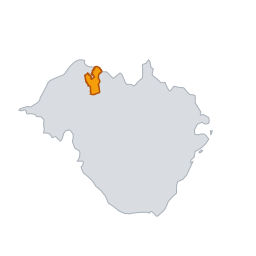 Kaev Seima, Môndól Kiri, Cambodia (highlighted), rotated 230°
{"feature_id": "14789045B63599255468551", "entity_name": "Kaev Seima", "entity_type": "district", "adm_level": 2, "iso_a3": "KHM", "parent_name": "Cambodia", "parent_adm1": "Môndól Kiri", "projection": "orthographic", "projection_center": [106.845, 12.41], "detail": "fine", "context": "in_parent", "style": "filled", "palette": "amber", "viewbox_px": 256, "rotation_deg": 230, "n_neighbors": 0, "source": "geoboundaries", "source_scale": "gbopen_adm2", "svg_char_len": 6270}
<svg xmlns="http://www.w3.org/2000/svg" viewBox="0 0 256 256"><g transform="rotate(230 128 128)"><path d="M211.6,55.8L212.1,57.7L210.7,61.2L209.3,64.4L206.5,67.2L206.4,69.2L205.5,75.3L205.8,77.3L206.5,78.9L207.4,79.8L209.8,85.8L212.0,91.2L214.1,95.7L214.5,98.5L212.6,105.7L210.3,112.3L210.5,115.5L211.5,118.8L212.5,123.2L212.9,128.8L212.4,132.4L211.3,134.7L209.4,137.0L207.6,138.2L205.5,136.2L203.9,136.2L201.7,136.7L199.9,137.7L196.4,141.1L192.4,144.4L186.9,145.2L184.8,147.7L182.5,148.0L178.2,148.2L175.4,148.7L175.5,150.0L175.3,155.8L175.3,157.2L174.9,157.5L172.9,157.7L169.6,156.8L165.1,155.3L161.9,155.1L160.3,157.6L159.3,158.6L158.1,158.8L156.8,159.2L156.4,160.4L156.3,161.8L156.9,164.2L157.1,168.1L156.9,170.7L158.1,172.4L164.9,178.0L167.0,179.4L167.2,180.2L166.0,183.3L167.0,187.6L164.9,187.5L161.3,185.6L159.6,184.5L157.5,185.4L156.8,185.2L155.4,183.1L153.5,180.9L151.6,180.8L147.6,181.6L143.5,182.2L142.0,182.2L141.3,182.6L138.9,185.8L137.9,185.2L133.8,184.0L130.1,183.5L129.3,184.3L129.7,186.9L130.5,189.5L130.0,190.5L128.0,191.9L125.2,194.3L123.5,196.1L122.4,196.6L118.2,196.5L114.0,196.7L112.4,198.4L110.8,199.8L109.5,200.2L104.1,195.7L93.3,194.1L92.2,192.1L91.1,191.8L90.1,194.3L84.2,196.6L81.7,195.1L79.9,193.3L80.2,191.2L81.9,189.4L84.9,188.2L86.3,183.8L84.1,178.1L82.2,176.4L80.1,175.1L77.9,177.1L76.1,180.7L74.1,182.6L71.5,183.0L67.5,182.7L66.0,177.3L65.6,172.7L66.2,167.4L66.8,164.3L63.1,159.9L63.0,155.8L61.2,153.7L60.6,154.8L60.6,155.9L60.1,155.1L54.3,142.9L53.4,137.3L54.5,133.0L55.1,131.6L53.5,129.3L51.1,126.7L46.9,123.3L46.7,117.9L45.8,111.6L44.6,109.5L42.7,105.6L41.7,102.3L41.5,93.9L42.1,93.2L45.1,93.0L48.9,92.4L49.6,91.1L48.9,89.9L51.4,88.1L55.0,83.9L57.9,79.6L59.9,76.8L61.1,74.1L65.1,70.2L70.7,67.6L74.4,67.0L78.3,66.2L82.0,64.9L83.8,64.8L88.3,66.4L90.8,66.9L93.5,66.9L96.2,67.1L98.5,66.9L104.2,65.9L110.2,66.8L115.5,66.2L122.2,65.0L125.4,65.8L128.4,67.1L128.8,69.7L129.5,70.8L130.4,71.8L131.8,71.8L133.5,70.0L134.9,68.1L135.3,67.8L135.4,68.7L136.1,70.7L137.3,72.7L138.6,74.0L140.7,75.8L142.1,75.9L146.7,74.3L153.5,76.7L154.3,77.9L156.4,80.3L158.8,82.1L164.1,82.2L166.0,77.9L165.1,75.3L162.1,70.7L161.3,68.0L162.3,67.5L167.4,67.1L168.2,66.5L169.4,63.6L170.8,63.9L173.6,64.3L176.6,62.3L178.4,60.1L179.3,61.1L180.4,62.6L181.6,63.5L183.7,64.8L186.1,66.6L187.6,68.3L188.8,69.0L191.8,68.5L192.6,68.6L194.4,66.4L195.6,65.3L196.7,65.6L198.2,65.6L201.4,62.8L203.2,60.3L204.2,59.7L207.0,60.9L208.2,60.6L209.8,57.2L211.6,55.8ZM64.1,170.2L63.5,170.5L63.0,170.5L62.4,170.0L62.5,168.0L62.9,166.9L63.9,166.7L64.1,170.2ZM72.9,189.4L71.7,190.7L69.8,188.0L69.8,187.2L72.9,189.4Z" fill="#d9dde1" stroke="#a8b0b8" stroke-width="1"/><path d="M175.5,123.5L175.1,124.2L175.0,124.3L175.0,125.0L174.8,125.6L174.0,127.5L173.7,128.3L173.6,129.0L173.7,129.3L173.9,129.6L174.3,129.8L174.8,130.0L178.1,132.2L178.3,132.2L178.5,132.2L178.6,132.3L178.7,132.2L178.9,132.3L179.0,132.4L179.0,132.5L179.4,132.9L179.7,132.9L179.9,133.1L180.0,133.1L180.4,133.3L180.5,133.3L180.9,134.5L181.3,135.6L181.5,136.1L181.8,136.4L182.2,136.5L182.4,136.7L182.8,136.7L183.0,136.7L183.2,136.9L183.6,137.0L184.2,137.2L184.7,137.3L185.0,137.3L185.6,137.8L186.0,137.9L186.3,138.1L186.5,138.4L186.6,138.5L186.8,138.6L186.9,138.9L187.0,139.1L187.2,139.3L187.6,139.7L187.7,140.1L187.9,140.2L188.1,140.5L188.1,140.8L188.0,141.0L187.9,141.1L188.1,141.5L187.9,141.8L188.0,142.2L188.0,142.3L188.1,142.5L187.9,142.9L187.8,143.1L187.9,143.3L187.9,143.6L188.0,143.8L188.1,144.2L188.3,144.3L188.5,144.3L188.6,144.2L188.8,144.2L189.0,144.3L189.2,144.5L189.5,144.5L189.8,144.6L189.9,144.8L190.0,144.7L190.4,144.6L190.5,144.5L190.8,144.6L191.3,144.8L191.6,144.7L191.8,144.7L191.9,144.9L192.1,144.8L192.3,144.9L192.7,144.7L192.9,144.7L193.0,144.6L193.5,144.4L194.8,144.0L195.2,143.4L195.6,143.1L195.8,142.7L195.9,142.4L195.8,142.2L196.0,141.9L195.9,141.7L195.9,141.4L195.8,141.2L195.8,140.8L195.7,140.8L195.3,140.8L195.2,140.8L195.2,140.6L195.4,140.1L195.2,140.1L195.0,139.8L195.0,139.7L194.9,139.6L194.8,139.3L194.9,139.2L194.8,138.9L194.7,138.9L194.8,138.8L194.9,138.7L194.9,138.3L195.0,138.2L194.8,137.8L194.8,137.6L194.7,137.4L194.4,137.4L194.3,137.2L194.2,137.1L193.9,137.0L193.7,136.7L193.4,136.7L193.3,136.4L193.1,136.2L193.1,135.9L193.1,135.7L192.9,135.6L192.9,135.4L193.0,135.4L192.9,135.3L192.9,135.2L193.0,135.1L193.1,134.8L193.1,134.7L192.9,134.5L192.7,134.6L192.4,134.6L192.3,134.8L192.2,134.8L192.1,134.7L192.0,134.8L191.9,134.9L191.9,135.0L191.8,134.9L191.7,134.9L191.7,135.0L191.4,135.0L191.1,135.0L190.9,135.1L190.8,135.3L190.7,135.2L190.5,135.3L190.4,135.2L190.3,135.3L190.1,135.3L189.9,135.3L190.0,135.3L189.9,135.2L190.0,135.1L189.8,135.1L189.7,135.1L189.3,135.1L189.2,135.0L188.9,135.1L188.7,135.1L188.7,131.5L188.8,131.4L189.0,131.4L189.3,131.4L189.2,131.5L189.3,131.6L189.5,131.8L189.7,132.0L189.9,131.9L190.0,132.0L190.3,132.1L190.6,132.2L190.6,132.3L190.8,132.4L190.9,132.6L191.0,132.7L191.3,132.4L191.2,132.5L191.3,132.7L191.5,132.7L191.6,132.8L191.8,132.8L192.0,132.8L192.0,132.7L192.3,132.7L192.5,132.5L192.8,132.6L193.0,132.5L193.1,132.4L193.2,132.5L193.3,132.5L193.5,132.5L193.6,132.4L193.8,132.2L193.9,132.3L194.0,132.2L194.1,132.3L194.3,132.3L194.4,132.2L194.5,132.2L194.6,132.3L194.6,132.2L194.8,132.1L195.1,132.2L195.3,132.1L195.5,132.1L195.8,132.4L196.0,132.4L195.9,131.6L195.8,131.3L195.8,131.1L195.8,130.9L195.8,130.5L196.0,130.0L195.9,129.7L196.0,129.6L196.0,129.2L196.1,128.7L195.6,128.4L195.0,128.2L194.7,128.1L194.2,127.8L193.6,127.3L193.1,126.9L192.9,126.8L192.5,126.8L191.5,126.4L191.3,126.2L191.2,126.2L191.1,125.9L191.0,125.7L190.9,125.7L190.7,125.5L190.4,125.7L190.2,125.6L190.0,125.8L189.9,125.9L189.6,125.8L189.5,125.7L189.3,125.8L189.1,125.7L188.5,125.2L188.3,125.3L188.2,125.5L188.0,125.4L187.8,125.4L187.1,125.6L186.9,125.6L186.7,125.4L186.7,125.2L186.3,125.2L186.1,124.7L186.0,124.8L185.8,124.8L185.6,124.9L185.5,125.1L185.3,125.3L185.1,125.3L185.0,125.6L184.9,125.7L184.6,125.7L184.0,125.5L183.3,125.3L183.0,125.1L182.5,124.6L182.1,124.4L181.8,124.3L181.7,124.3L181.3,124.0L181.0,123.8L180.5,122.9L180.3,122.7L180.0,122.5L178.9,122.1L178.7,121.9L178.4,121.8L178.3,121.7L178.0,121.6L178.0,121.4L177.9,121.5L177.7,121.5L177.4,121.7L177.1,121.8L176.4,122.3L176.2,122.5L175.9,122.8L175.5,123.5Z" fill="#f59e0b" stroke="#b45309" stroke-width="1.5"/></g></svg>